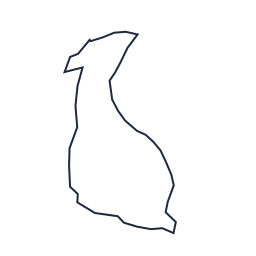 outline of Agioi Trimithias, Nicosia, Cyprus, rotated 290°
{"feature_id": "46923920B49674797191494", "entity_name": "Agioi Trimithias", "entity_type": "district", "adm_level": 2, "iso_a3": "CYP", "parent_name": "Cyprus", "parent_adm1": "Nicosia", "projection": "orthographic", "projection_center": [33.238, 35.108], "detail": "fine", "context": "isolated", "style": "outline", "palette": "slate", "viewbox_px": 256, "rotation_deg": 290, "n_neighbors": 0, "source": "geoboundaries", "source_scale": "gbopen_adm2", "svg_char_len": 668}
<svg xmlns="http://www.w3.org/2000/svg" viewBox="0 0 256 256"><g transform="rotate(290 128 128)"><path d="M197.7,61.8L180.6,55.7L175.0,49.3L158.9,49.3L169.4,64.6L150.1,66.2L130.8,71.1L122.0,75.1L111.5,80.0L100.3,80.0L89.0,80.0L72.2,85.6L52.9,93.7L48.8,103.4L40.8,105.8L36.8,126.0L41.6,148.6L37.6,156.6L38.4,170.4L40.8,184.1L45.6,194.6L44.8,206.7L56.0,205.1L61.7,192.2L72.1,190.6L89.8,190.6L98.7,184.9L108.3,176.0L118.0,166.3L123.6,156.7L127.6,147.0L128.4,137.3L134.0,122.7L140.5,113.1L149.3,103.4L166.2,94.5L175.8,96.9L187.1,98.5L203.1,100.1L219.2,105.0L217.6,92.9L212.8,82.4L204.7,73.5L196.7,63.0L197.7,61.8Z" fill="none" stroke="#1e293b" stroke-width="2"/></g></svg>